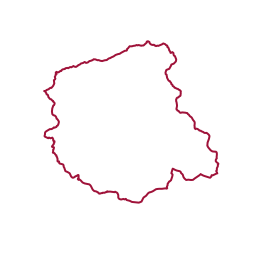 Pallatanga, Chimborazo, Ecuador, rotated 59°
{"feature_id": "8360857B6755122070607", "entity_name": "Pallatanga", "entity_type": "district", "adm_level": 2, "iso_a3": "ECU", "parent_name": "Ecuador", "parent_adm1": "Chimborazo", "projection": "albers", "projection_center": [-78.941, -2.017], "detail": "fine", "context": "isolated", "style": "outline", "palette": "rose", "viewbox_px": 256, "rotation_deg": 59, "n_neighbors": 0, "source": "geoboundaries", "source_scale": "gbopen_adm2", "svg_char_len": 5737}
<svg xmlns="http://www.w3.org/2000/svg" viewBox="0 0 256 256"><g transform="rotate(59 128 128)"><path d="M151.3,195.0L153.2,193.7L156.4,190.2L157.6,189.8L158.7,189.7L162.7,190.0L164.7,189.4L165.7,188.2L166.8,187.4L167.6,187.2L168.0,186.7L169.4,186.5L169.8,185.8L170.2,184.1L170.6,183.4L170.5,182.9L171.5,181.3L171.5,180.1L172.0,179.2L171.6,178.7L171.6,178.4L172.6,177.5L173.2,176.2L176.0,172.7L176.0,171.9L177.7,170.8L178.6,170.6L180.5,170.9L182.5,172.1L183.2,172.2L183.6,172.2L184.5,171.9L185.5,171.0L185.8,170.6L186.4,168.6L187.4,167.7L187.6,166.5L187.9,166.3L188.8,166.3L189.1,166.2L191.2,164.1L193.4,162.7L197.4,157.4L197.7,156.6L198.0,154.3L195.9,151.0L195.6,150.3L195.4,147.4L194.3,144.4L194.2,142.8L194.6,141.8L194.9,140.2L195.0,139.0L194.9,135.6L195.2,134.7L195.8,133.3L197.7,130.0L198.9,127.2L199.9,126.0L199.7,125.4L198.6,125.1L198.2,124.7L197.5,123.6L196.3,122.8L196.1,122.4L195.1,120.3L195.2,119.6L194.9,118.0L192.5,115.2L191.1,113.9L190.4,113.8L189.2,114.1L188.9,113.9L186.9,111.8L186.1,110.9L186.0,110.6L186.3,110.3L188.3,109.1L189.6,108.1L191.6,106.0L192.3,105.6L192.8,105.5L194.0,105.7L195.3,105.3L196.1,105.1L198.7,105.7L200.4,105.6L202.5,104.9L202.8,104.3L203.3,103.0L205.0,100.8L205.6,99.7L205.9,98.9L205.6,96.7L205.3,91.2L205.0,89.5L207.2,88.2L208.4,87.3L212.7,83.5L212.9,83.1L212.5,81.6L211.8,81.0L211.6,80.6L212.2,79.7L212.3,79.2L212.6,75.7L212.8,74.9L212.0,74.6L210.5,74.6L210.2,74.4L209.9,73.6L208.2,72.5L207.2,70.9L206.5,70.3L205.8,70.0L205.6,69.4L205.2,69.0L204.7,69.0L202.9,69.7L201.5,69.8L200.5,69.1L200.0,68.3L199.8,67.7L199.5,67.4L198.9,67.2L198.4,66.9L197.8,66.4L196.1,65.2L194.6,64.6L193.6,64.9L191.8,67.4L191.2,67.9L190.2,68.4L189.3,68.7L186.0,69.2L185.0,69.2L184.3,69.0L184.0,69.1L182.6,68.1L181.4,67.2L179.0,64.2L177.4,62.7L176.8,62.3L176.1,62.2L175.0,62.3L172.7,63.1L171.8,64.7L171.4,65.1L170.0,65.7L168.6,66.8L167.9,67.0L166.9,68.1L166.2,68.2L164.6,68.9L163.6,70.0L163.4,70.4L163.5,70.7L163.3,70.8L162.9,70.9L162.2,70.8L161.0,70.1L160.2,69.8L158.8,68.7L157.6,68.0L156.8,67.8L154.4,68.1L151.9,68.0L150.7,68.4L149.7,68.9L147.9,69.0L146.9,69.5L145.8,69.5L144.3,71.1L142.5,73.6L142.2,74.7L141.9,75.3L141.2,75.6L139.4,75.9L138.5,76.6L137.4,76.6L137.1,76.8L136.5,76.6L134.9,75.1L133.8,74.3L130.9,73.1L129.8,72.9L128.3,72.0L128.0,71.4L127.6,71.0L127.4,70.2L127.4,69.9L127.7,69.1L127.3,67.7L127.4,66.7L127.2,66.3L125.4,64.9L124.4,64.4L123.7,63.8L121.9,64.2L121.7,64.5L121.2,64.8L120.2,65.1L119.7,65.7L118.7,66.4L118.0,66.7L117.5,67.3L116.1,67.4L115.1,68.0L114.7,68.0L113.9,67.7L112.5,68.2L111.9,67.9L111.2,67.8L110.1,68.1L109.4,68.0L108.5,68.7L107.4,68.8L104.9,68.6L103.9,68.1L103.2,68.0L102.6,67.6L102.2,67.5L101.2,67.9L99.8,67.3L98.6,66.0L98.0,65.1L98.5,62.1L96.7,59.0L96.0,58.2L96.0,57.8L96.4,55.7L95.8,53.3L95.5,52.6L94.4,51.6L93.8,51.3L90.8,50.8L90.5,50.8L89.5,51.3L88.5,51.1L87.2,50.5L86.8,50.5L85.8,51.0L85.7,52.6L85.4,52.8L83.8,52.5L82.8,52.7L81.8,52.3L80.7,52.2L79.7,52.0L78.8,52.5L77.8,52.0L77.5,52.0L76.6,52.7L75.5,52.9L74.8,53.3L73.7,54.3L73.8,55.8L73.2,59.7L72.5,60.5L72.3,61.6L72.1,61.9L71.4,62.2L71.0,62.7L70.3,62.8L70.0,63.0L69.3,64.4L68.3,65.2L67.3,65.6L66.3,65.7L65.3,65.4L64.3,65.9L63.7,66.8L63.7,67.4L63.8,67.6L64.3,67.8L64.5,68.3L64.8,70.0L65.2,71.8L65.1,72.6L64.5,73.5L64.3,74.3L62.4,76.1L62.1,77.2L61.4,77.8L61.3,78.1L61.1,79.4L60.4,81.0L60.1,82.2L59.5,83.5L58.8,84.5L59.1,85.5L59.7,86.9L59.8,88.0L60.7,88.8L60.9,89.4L60.2,90.9L60.0,95.0L60.1,96.9L59.5,98.6L59.0,101.0L59.2,103.5L58.9,105.6L58.9,107.3L58.7,107.7L58.5,108.9L58.8,111.2L58.0,113.0L57.3,115.7L56.1,117.1L54.8,118.1L54.1,119.3L52.4,120.6L51.4,122.1L51.6,123.5L51.3,124.5L51.3,125.2L50.8,126.5L50.9,127.6L51.0,127.8L51.1,128.8L50.6,130.4L49.2,131.1L49.1,131.3L49.1,133.1L48.5,135.1L48.8,136.8L48.5,138.2L48.8,139.1L48.8,141.2L47.8,142.3L46.8,142.9L46.8,145.2L46.0,146.2L45.9,148.5L45.2,149.1L44.7,150.5L44.6,151.0L44.9,151.7L44.2,153.5L44.1,154.3L44.3,155.3L44.7,155.8L44.6,156.2L44.3,156.6L44.5,158.8L44.0,159.7L43.1,160.4L43.2,161.2L43.5,161.5L44.8,161.5L44.8,162.4L45.5,162.8L46.5,164.4L48.3,164.9L48.7,165.5L48.9,166.9L51.9,168.3L53.3,170.4L54.1,172.7L54.1,173.2L53.6,173.8L53.7,175.3L53.9,176.0L53.5,178.1L53.7,179.2L53.6,180.0L53.2,180.6L53.3,180.7L54.5,180.0L55.3,180.2L56.1,180.1L57.3,180.4L58.1,179.8L58.5,179.7L59.1,179.8L60.5,180.3L61.3,180.1L62.2,180.1L63.3,179.7L63.7,179.2L64.0,179.0L65.4,178.8L66.2,178.3L66.7,178.6L67.7,178.2L68.8,178.1L69.2,178.3L69.9,179.0L70.3,179.7L70.3,180.5L72.3,182.9L74.7,184.7L76.6,185.5L77.2,185.7L78.5,185.4L79.6,184.4L80.8,184.0L81.8,184.0L83.2,184.4L83.8,184.1L84.5,184.0L85.9,183.9L86.9,184.0L87.7,184.5L89.1,186.0L89.7,187.1L89.6,188.0L90.2,188.9L89.9,190.8L89.4,191.1L89.6,192.7L89.6,194.0L88.7,195.6L88.7,199.2L88.8,200.6L89.4,201.6L90.9,202.6L91.5,203.3L92.0,203.7L92.4,203.7L92.9,203.5L95.6,201.7L95.7,201.4L95.5,201.0L95.6,200.6L96.9,199.7L97.2,198.3L97.3,197.9L97.6,197.8L99.1,197.9L99.8,198.4L100.5,198.2L101.2,198.6L101.4,198.5L101.4,198.0L101.6,197.9L102.3,198.4L102.7,198.8L102.8,199.4L103.6,200.0L104.4,202.2L104.8,202.7L105.2,202.7L106.2,201.6L106.7,201.6L107.7,202.5L108.2,203.5L109.2,203.9L110.3,205.0L110.6,205.0L111.4,204.2L111.8,204.0L113.6,203.9L114.6,203.5L115.5,204.0L116.5,203.8L117.2,204.1L118.2,204.3L119.9,205.4L120.4,205.5L120.6,205.4L120.9,204.7L121.2,204.4L121.6,204.5L122.1,204.8L122.8,205.0L123.2,204.9L125.5,202.7L126.1,202.4L126.9,202.5L128.1,203.1L129.3,203.1L132.4,203.8L132.8,203.8L134.6,202.5L136.6,201.4L137.6,201.4L140.0,201.7L140.8,201.6L141.5,201.4L142.2,200.9L142.4,200.5L142.5,200.0L142.5,198.6L142.3,198.0L142.6,196.9L142.5,195.4L142.8,194.8L143.7,195.0L144.7,195.8L145.6,196.1L145.6,196.9L146.0,197.3L146.3,197.3L147.0,197.0L147.2,196.2L147.6,195.9L148.7,195.5L151.3,195.0Z" fill="none" stroke="#9f1239" stroke-width="2"/></g></svg>